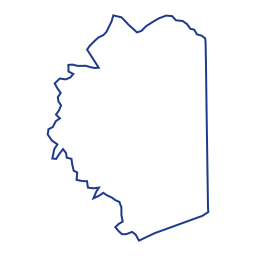 the district of Brejão, Pernambuco, Brazil
{"feature_id": "56859067B36734598843882", "entity_name": "Brejão", "entity_type": "district", "adm_level": 2, "iso_a3": "BRA", "parent_name": "Brazil", "parent_adm1": "Pernambuco", "projection": "robinson", "projection_center": [-36.553, -9.03], "detail": "fine", "context": "isolated", "style": "outline", "palette": "blue", "viewbox_px": 256, "rotation_deg": 0, "n_neighbors": 0, "source": "geoboundaries", "source_scale": "gbopen_adm2", "svg_char_len": 1218}
<svg xmlns="http://www.w3.org/2000/svg" viewBox="0 0 256 256"><path d="M139.0,240.6L154.8,233.1L192.6,219.4L202.5,215.8L208.3,212.0L208.0,207.6L206.4,98.4L206.0,65.9L205.6,43.3L205.2,38.4L201.5,35.6L197.0,34.4L194.2,29.7L190.4,28.8L187.2,24.3L182.7,21.0L176.0,20.3L172.1,16.1L166.2,15.6L159.2,18.2L154.2,21.0L146.1,26.2L141.4,30.9L137.0,32.4L133.1,28.8L128.4,24.6L125.1,21.0L121.4,17.3L113.3,15.4L111.5,21.6L106.3,32.1L103.4,35.1L98.7,37.3L94.5,41.0L89.6,46.0L87.1,49.6L98.7,67.7L94.5,68.0L90.4,67.1L85.7,65.8L77.6,65.9L72.5,64.6L68.4,64.9L68.5,71.5L73.3,74.0L70.2,77.6L65.5,79.4L59.9,78.5L54.7,83.4L57.0,87.7L60.7,93.0L57.8,97.2L58.5,101.5L61.1,105.5L58.8,110.7L56.0,114.6L59.9,118.4L55.8,121.2L52.7,127.1L48.5,129.2L47.7,134.5L51.9,140.5L57.4,144.4L54.3,149.1L52.3,158.5L56.2,158.9L58.9,154.5L63.0,149.1L66.1,153.1L66.7,157.7L71.4,158.8L72.3,164.8L73.7,170.7L77.2,172.4L76.6,179.9L82.6,181.1L87.0,181.2L87.9,187.6L93.5,188.3L98.9,187.6L96.4,191.4L93.5,198.3L98.9,195.8L103.3,192.8L106.6,195.1L112.1,197.7L115.4,200.2L119.4,201.9L121.4,207.5L121.4,215.0L122.7,221.6L118.7,223.9L115.3,227.2L118.5,231.0L122.0,234.2L126.2,234.2L132.1,231.9L135.6,234.5L139.0,240.6Z" fill="none" stroke="#1e3a8a" stroke-width="2"/></svg>